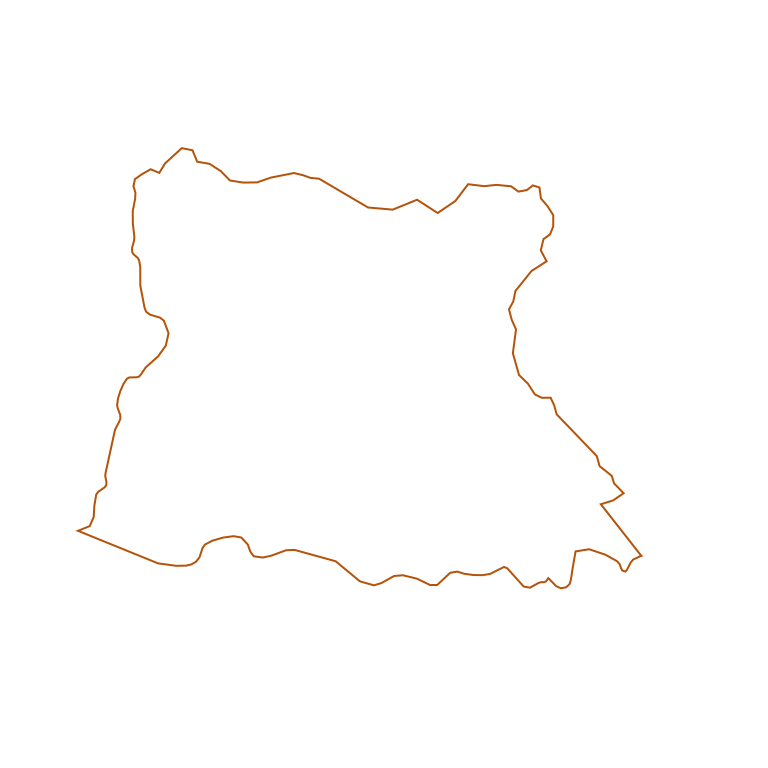 Blagoevgrad, Robinson projection, rotated 14°
{"feature_id": "BGR-3002", "entity_name": "Blagoevgrad", "entity_type": "Province", "adm_level": 1, "iso_a3": "BGR", "parent_name": "Bulgaria", "parent_adm1": "", "projection": "robinson", "projection_center": [23.441, 41.745], "detail": "fine", "context": "isolated", "style": "outline", "palette": "amber", "viewbox_px": 768, "rotation_deg": 14, "n_neighbors": 0, "source": "natural_earth", "source_scale": "10m", "svg_char_len": 2305}
<svg xmlns="http://www.w3.org/2000/svg" viewBox="0 0 768 768"><g transform="rotate(14 384 384)"><path d="M122.6,600.5L132.9,593.0L134.5,583.2L132.4,572.1L131.5,560.8L132.9,557.6L137.9,551.9L139.0,549.4L138.4,546.3L135.9,541.0L135.4,538.4L134.3,501.4L134.1,493.3L136.2,484.6L136.6,481.5L135.6,477.9L131.5,472.0L130.1,469.0L129.4,461.9L129.9,454.3L131.2,447.0L133.3,441.0L135.4,439.2L142.2,437.4L144.6,436.0L145.9,433.4L148.7,425.7L152.5,420.1L158.2,411.7L163.0,399.4L162.7,386.9L155.1,375.8L150.5,373.8L140.3,373.3L135.6,371.4L133.0,367.5L123.8,347.6L119.2,329.5L116.5,323.3L114.5,321.2L109.5,318.7L108.3,317.4L107.7,316.8L106.6,312.8L106.8,305.0L106.1,301.3L101.5,289.2L98.4,277.1L97.7,264.4L96.6,258.7L93.3,253.0L93.1,252.9L92.8,245.9L92.7,245.6L98.3,239.1L105.6,232.1L114.9,233.5L118.2,222.9L130.7,204.1L141.6,203.5L149.0,213.5L161.4,212.6L174.1,216.9L185.3,223.8L198.8,222.6L212.0,219.1L224.1,211.2L245.5,201.1L254.8,201.0L263.1,201.8L271.3,200.5L325.8,216.6L350.3,212.7L371.5,197.2L394.7,205.1L409.0,189.1L417.3,169.8L433.4,167.8L444.8,163.6L459.5,161.4L467.9,164.8L475.7,161.3L480.4,155.3L487.3,155.7L491.4,166.0L499.8,172.0L507.4,179.3L510.1,190.2L508.9,198.7L503.7,204.8L503.8,216.4L512.1,225.6L499.8,238.6L489.0,262.0L489.5,272.6L487.2,281.3L492.4,290.8L498.9,299.2L501.6,323.0L512.8,342.6L523.5,348.8L532.9,357.6L540.5,359.2L549.0,357.0L554.2,363.4L558.8,371.6L607.9,402.5L613.1,411.6L621.1,415.2L627.3,418.1L631.3,424.8L642.9,432.0L634.5,441.5L623.5,448.2L675.1,488.4L675.3,488.5L674.6,488.9L668.3,494.0L666.6,497.3L664.7,505.6L663.5,507.6L660.3,507.3L658.4,505.1L656.5,502.0L653.1,499.6L640.3,496.1L623.0,494.7L610.4,500.1L611.6,517.1L612.7,528.8L612.5,533.2L609.9,537.2L605.1,539.4L600.0,538.5L590.4,532.6L588.9,536.4L586.8,537.7L584.5,538.2L582.0,539.7L574.9,546.3L568.5,546.7L548.2,533.0L544.7,532.5L533.0,542.5L526.1,545.6L517.2,547.7L508.0,548.7L500.4,548.3L493.9,551.2L484.2,566.2L477.2,567.9L463.0,564.9L448.7,565.0L440.3,567.8L429.5,577.9L428.3,578.6L422.9,581.8L408.4,581.3L380.0,567.7L337.5,566.6L329.2,569.0L316.1,577.9L308.4,581.7L299.3,582.7L294.7,578.8L290.7,572.7L282.7,567.5L275.0,568.0L264.9,572.0L255.3,577.6L249.1,583.1L247.6,587.2L246.9,596.8L244.6,601.9L240.8,605.6L236.0,608.1L226.3,610.7L208.2,612.7L122.6,600.5Z" fill="none" stroke="#b45309" stroke-width="2"/></g></svg>